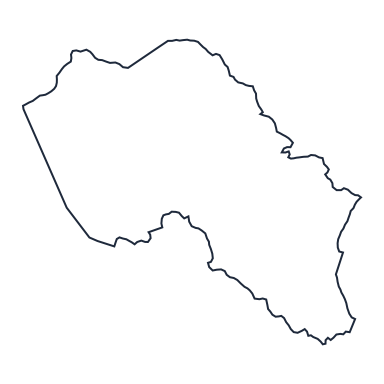 Timbó Grande, Santa Catarina, Brazil (Robinson projection)
{"feature_id": "56859067B65856130314873", "entity_name": "Timbó Grande", "entity_type": "district", "adm_level": 2, "iso_a3": "BRA", "parent_name": "Brazil", "parent_adm1": "Santa Catarina", "projection": "robinson", "projection_center": [-50.629, -26.64], "detail": "fine", "context": "isolated", "style": "outline", "palette": "slate", "viewbox_px": 384, "rotation_deg": 0, "n_neighbors": 0, "source": "geoboundaries", "source_scale": "gbopen_adm2", "svg_char_len": 3004}
<svg xmlns="http://www.w3.org/2000/svg" viewBox="0 0 384 384"><path d="M322.6,158.1L319.0,157.4L315.2,155.4L311.0,155.0L307.9,156.6L303.4,156.8L299.2,157.4L296.4,157.7L293.8,158.3L290.9,158.6L288.3,157.3L289.7,154.4L288.7,151.4L285.5,152.5L281.8,152.4L283.9,148.5L287.1,147.1L290.5,147.2L292.9,142.8L290.6,140.1L288.6,138.2L285.5,136.2L282.8,134.8L280.2,133.3L276.8,131.6L276.1,128.0L274.9,123.4L272.3,119.5L268.8,116.7L263.8,115.4L260.4,114.1L262.8,112.2L261.3,109.5L258.8,106.0L257.1,101.6L256.2,98.5L256.0,93.6L254.1,90.3L252.8,86.3L249.0,85.9L245.8,85.1L242.8,83.4L238.2,82.4L235.0,79.6L233.5,76.9L229.9,75.6L228.8,70.8L227.6,67.0L224.8,64.5L222.2,59.3L219.6,55.1L216.0,53.9L212.6,55.3L208.2,51.9L205.7,49.0L203.0,47.0L200.2,44.2L198.0,41.9L194.2,40.7L190.2,40.5L187.2,39.7L183.2,40.1L179.6,40.6L176.3,39.9L172.0,40.9L167.9,40.9L158.8,47.0L128.0,67.9L123.0,67.2L119.4,64.1L115.4,62.5L110.0,62.9L106.7,61.8L102.1,60.1L98.3,59.8L95.1,57.8L92.4,54.2L90.2,51.8L86.4,49.7L80.5,51.6L76.3,50.4L72.7,51.0L71.0,54.5L71.4,58.1L70.8,61.6L67.2,63.9L64.1,66.4L61.9,69.1L59.4,72.7L56.7,76.0L56.9,79.4L56.8,82.7L56.0,86.1L54.2,88.8L51.3,91.3L48.3,93.2L45.5,94.7L42.9,95.2L39.9,95.6L36.2,98.3L32.8,100.9L29.1,102.5L25.5,104.5L23.0,105.8L23.5,109.2L66.7,207.7L89.4,237.5L97.5,241.0L114.3,246.4L115.6,242.4L116.8,239.0L119.5,237.4L122.8,238.5L126.4,239.3L129.0,240.8L131.6,242.2L134.6,244.3L137.2,242.0L141.3,240.6L145.0,241.9L147.9,242.0L150.6,238.2L150.2,234.7L148.6,232.2L162.3,227.4L161.4,223.5L161.8,218.8L163.4,215.3L165.9,214.4L168.8,213.9L171.7,211.7L175.7,211.9L179.0,212.7L181.8,216.1L184.2,218.4L188.4,216.4L189.2,221.7L191.7,226.2L195.6,227.9L198.5,228.4L201.7,230.5L205.3,233.4L207.0,238.5L208.9,241.7L209.2,244.8L210.9,249.1L212.3,253.7L212.8,258.3L210.9,261.9L208.0,262.8L209.2,267.1L212.7,270.5L216.8,269.7L221.1,269.4L224.8,271.1L226.7,274.8L229.9,277.2L233.8,278.0L237.3,280.0L240.8,283.5L244.5,286.8L247.5,288.4L249.8,290.4L252.3,293.5L254.6,298.6L259.4,299.2L262.7,298.5L266.2,299.5L267.3,304.6L268.1,309.0L270.4,311.7L272.4,314.7L275.6,316.7L278.8,316.4L281.3,315.9L284.1,318.1L286.2,322.2L288.7,325.3L290.8,329.1L293.7,332.1L297.6,332.8L301.9,330.8L304.7,329.1L307.0,331.6L308.3,335.8L310.9,335.3L313.2,337.0L317.7,338.9L320.7,341.6L322.8,344.3L325.5,343.7L325.6,340.2L327.9,337.8L330.7,340.0L333.5,337.7L336.4,334.5L340.3,333.9L343.3,334.3L345.8,331.6L349.7,332.2L355.1,319.0L351.7,317.4L349.3,313.7L347.4,308.3L346.3,303.1L344.9,299.2L343.2,295.6L341.4,292.5L340.4,289.5L338.8,286.6L337.6,281.8L337.0,277.6L335.9,274.4L343.0,252.5L339.2,251.5L337.8,247.6L337.6,243.2L338.2,239.2L339.9,235.2L341.1,231.8L343.4,228.6L345.0,224.7L347.4,221.2L348.6,217.6L349.9,214.1L350.7,211.0L353.5,208.1L354.9,204.6L356.6,201.8L358.7,199.6L361.0,197.4L358.1,195.3L355.1,195.1L351.5,193.1L347.9,189.7L343.9,188.2L341.2,190.1L336.6,190.1L332.7,187.0L332.4,183.2L330.3,179.6L327.8,178.2L325.2,174.4L327.4,172.5L328.8,169.4L327.0,166.9L324.0,164.0L322.6,158.1Z" fill="none" stroke="#1e293b" stroke-width="2"/></svg>